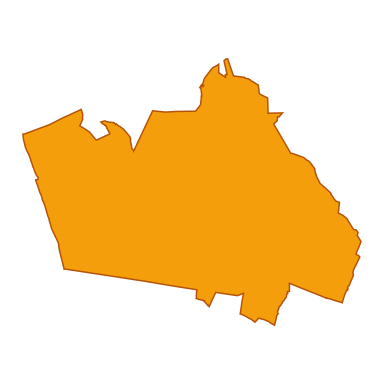 outline of Doctor Mora, Guanajuato, Mexico
{"feature_id": "50627088B4688802652397", "entity_name": "Doctor Mora", "entity_type": "district", "adm_level": 2, "iso_a3": "MEX", "parent_name": "Mexico", "parent_adm1": "Guanajuato", "projection": "equal_earth", "projection_center": [-100.35, 21.147], "detail": "fine", "context": "isolated", "style": "filled", "palette": "amber", "viewbox_px": 384, "rotation_deg": 0, "n_neighbors": 0, "source": "geoboundaries", "source_scale": "gbopen_adm2", "svg_char_len": 5801}
<svg xmlns="http://www.w3.org/2000/svg" viewBox="0 0 384 384"><path d="M287.7,293.6L287.5,291.6L289.4,291.5L289.4,284.9L289.5,284.5L289.4,284.3L289.4,284.0L289.3,283.6L289.3,283.3L290.0,283.5L296.8,286.3L301.2,288.1L309.8,291.5L315.8,293.8L317.5,294.5L318.5,295.0L319.3,295.2L323.0,296.8L324.2,297.2L324.5,297.4L325.3,297.7L325.7,297.9L326.3,298.2L326.3,297.9L327.6,298.3L328.9,298.6L330.4,299.0L333.0,299.9L334.6,300.4L341.2,302.4L342.2,302.8L342.9,300.5L343.2,299.5L343.5,298.6L343.9,297.4L344.3,295.9L346.6,290.1L347.5,290.3L348.0,288.2L347.9,288.1L347.5,287.9L348.2,286.1L349.0,285.9L353.3,275.5L353.4,275.3L353.4,274.6L353.2,274.0L352.8,273.0L353.0,272.7L353.1,272.3L353.3,270.4L358.4,260.0L359.8,257.0L359.4,256.5L358.8,255.9L358.3,255.3L357.9,255.3L357.3,255.1L357.0,254.9L356.5,254.4L356.4,254.1L355.9,253.9L356.5,252.6L357.0,251.3L358.9,247.0L361.0,241.6L357.1,235.1L358.1,232.6L356.3,230.0L353.6,229.5L347.8,220.3L347.5,219.7L347.4,219.3L347.1,218.8L343.0,215.4L338.3,213.0L339.5,202.3L338.2,202.0L337.1,201.7L336.5,201.3L335.8,200.9L335.3,200.3L334.1,199.0L332.7,196.6L331.9,195.7L331.4,195.0L331.0,194.2L330.9,193.8L330.8,193.1L326.6,189.2L320.0,183.4L319.5,182.3L318.6,180.4L317.0,177.4L315.0,171.6L314.8,169.0L314.5,168.3L313.6,167.2L311.3,164.0L309.8,162.1L309.2,161.5L306.4,159.8L303.7,157.5L291.9,153.3L290.8,153.4L273.7,124.0L277.2,120.7L277.5,116.9L279.1,116.9L282.5,112.9L267.9,113.2L268.0,111.8L268.0,109.6L267.6,98.2L267.5,97.9L266.7,97.5L264.6,96.5L260.8,94.6L259.3,93.6L258.3,85.0L255.9,83.8L254.2,82.5L253.4,82.0L252.7,81.5L252.1,81.4L251.2,80.9L250.4,80.1L250.0,79.8L249.5,79.4L249.1,79.2L248.6,78.9L247.4,78.6L245.3,78.2L245.1,78.3L244.2,77.2L244.0,77.3L233.5,75.9L227.6,58.8L225.8,59.0L225.6,59.2L224.5,60.4L224.0,60.8L227.1,74.6L226.3,74.6L225.3,74.7L225.4,77.3L218.8,72.8L218.7,64.2L218.0,64.7L217.0,65.5L215.9,66.1L214.6,66.8L213.6,67.1L212.7,67.8L211.3,69.4L209.8,71.3L204.9,77.7L204.4,78.6L203.8,80.3L203.5,81.2L203.2,82.3L203.1,83.0L202.0,84.5L202.7,84.9L203.4,85.4L203.2,85.5L203.0,86.1L202.8,86.7L202.3,86.4L201.7,85.9L201.2,85.3L200.7,86.1L200.7,87.3L199.8,87.4L201.1,89.3L201.2,90.5L201.6,94.5L201.7,96.1L201.2,96.2L201.4,98.0L201.1,98.8L201.1,99.5L200.9,101.1L200.7,104.3L199.3,106.5L195.6,111.2L186.6,111.3L180.8,111.4L178.6,111.4L175.2,111.5L165.6,112.1L152.6,110.8L133.7,151.0L133.4,150.0L131.8,148.6L131.5,146.2L131.5,145.8L131.0,143.5L130.6,141.1L130.4,140.8L130.7,138.7L130.2,137.9L130.0,137.3L129.9,136.7L123.8,129.5L120.0,126.5L118.9,126.2L116.1,123.8L115.7,124.5L113.7,122.5L113.0,122.6L107.8,121.9L104.8,120.9L100.9,121.9L101.1,122.3L101.6,122.8L102.7,123.8L104.0,124.6L104.5,125.0L104.8,125.3L105.4,125.5L105.5,125.4L105.6,125.5L105.6,125.9L105.7,126.0L106.0,126.1L106.3,126.4L106.4,126.7L106.5,126.9L106.6,127.2L106.6,127.8L106.7,128.0L107.1,128.3L107.2,128.5L107.3,128.7L107.3,128.8L107.4,129.0L107.5,129.2L107.6,129.7L107.7,129.9L107.9,130.0L108.0,130.2L108.1,130.5L108.5,131.1L108.8,131.4L108.9,131.5L109.0,131.6L109.0,131.9L109.0,132.3L109.3,132.5L109.6,132.7L109.7,133.0L109.7,133.4L109.7,134.0L109.3,134.1L96.3,140.2L94.2,137.8L89.6,132.1L84.4,128.6L79.7,125.8L81.4,122.4L81.8,121.1L82.3,120.1L82.6,119.3L82.7,118.8L82.7,118.6L82.5,118.3L82.5,117.7L82.5,117.3L82.6,116.7L82.7,115.8L82.7,114.6L82.2,112.6L81.7,111.0L81.1,109.4L79.7,110.1L71.1,114.1L68.7,115.3L64.1,117.2L49.6,124.6L24.2,134.1L23.0,134.0L23.2,136.5L23.3,138.1L23.6,140.0L24.0,141.4L24.4,142.8L25.1,146.2L26.4,149.8L29.1,155.2L29.9,157.4L30.5,159.1L31.1,161.4L31.7,162.7L32.3,164.8L32.6,165.9L32.9,166.7L33.5,168.0L34.1,169.6L34.4,170.7L36.5,175.4L37.4,176.6L38.3,177.5L38.1,178.1L37.9,179.0L37.8,179.6L35.9,179.8L35.7,179.8L35.6,180.0L35.8,180.7L36.3,182.1L36.6,182.9L36.8,183.3L38.3,187.6L39.4,191.1L40.0,192.7L40.9,194.8L41.4,195.9L42.0,198.0L42.1,199.0L42.6,200.3L43.2,201.5L44.0,203.4L44.8,205.5L45.4,207.5L47.2,213.9L47.9,216.2L49.0,218.7L49.3,219.8L49.1,219.9L49.5,221.2L50.3,223.8L50.8,225.5L51.1,227.1L51.4,228.0L52.3,230.1L54.6,235.0L56.9,239.8L58.1,242.5L58.6,243.9L59.0,248.1L59.5,250.3L59.8,251.8L61.2,257.5L62.6,262.8L64.1,269.2L65.5,269.1L71.1,270.0L75.9,270.7L140.0,280.5L147.1,281.6L156.6,283.2L157.3,283.4L161.1,284.0L178.7,286.9L196.7,289.7L197.0,289.7L196.4,292.6L196.4,292.9L196.4,293.1L196.6,293.3L196.5,294.5L196.3,295.5L196.5,296.6L196.2,298.5L198.8,299.4L200.8,299.9L201.3,300.0L202.3,300.2L202.7,300.4L203.5,300.6L204.1,300.7L203.8,301.0L205.6,302.8L207.7,305.3L208.0,304.9L209.2,306.6L210.2,304.4L210.7,303.4L211.0,302.5L211.3,301.8L212.0,300.5L212.1,300.1L212.8,298.6L213.9,296.4L215.7,292.4L221.5,293.3L232.4,294.9L236.3,295.5L237.5,295.6L237.8,295.6L238.0,295.5L240.3,294.5L241.7,293.9L242.9,293.4L243.5,293.2L242.9,296.4L242.7,297.8L241.9,302.1L241.6,304.5L240.6,311.4L240.2,313.6L240.2,314.0L240.6,314.0L244.3,315.6L246.2,316.6L248.4,317.9L250.7,319.1L251.4,319.5L252.3,320.1L253.6,321.1L255.0,322.1L255.2,321.8L255.3,321.7L255.5,321.5L255.8,321.4L256.0,321.2L256.5,320.6L258.2,318.6L258.4,318.4L258.6,318.3L258.8,318.2L259.0,318.3L259.5,318.4L261.2,318.9L262.1,319.2L262.9,319.4L264.1,319.6L265.5,320.2L267.2,321.0L268.7,321.6L269.5,322.0L270.4,322.9L271.0,323.3L272.1,323.9L274.5,325.2L275.4,321.7L275.9,319.7L276.3,317.7L276.8,315.5L277.2,314.9L277.5,314.6L277.7,314.0L277.9,313.8L278.2,313.6L277.4,312.4L277.7,311.3L277.9,311.0L278.2,310.3L278.6,309.2L278.4,309.2L278.5,308.9L278.5,308.6L279.0,307.7L279.0,307.3L279.2,306.8L279.3,306.6L279.5,306.5L279.5,306.4L280.4,305.6L280.6,305.6L281.1,304.5L281.4,304.1L281.6,303.8L282.0,303.3L282.4,302.4L282.6,301.9L283.5,301.0L283.8,300.7L283.9,300.4L284.1,300.1L284.5,299.6L285.0,298.8L285.4,298.3L285.6,298.0L286.1,297.3L286.3,297.1L286.4,296.2L286.5,295.9L286.6,295.4L286.7,294.8L286.6,294.5L286.6,294.2L287.1,293.9L287.4,293.7L287.7,293.6Z" fill="#f59e0b" stroke="#b45309" stroke-width="1.5"/></svg>